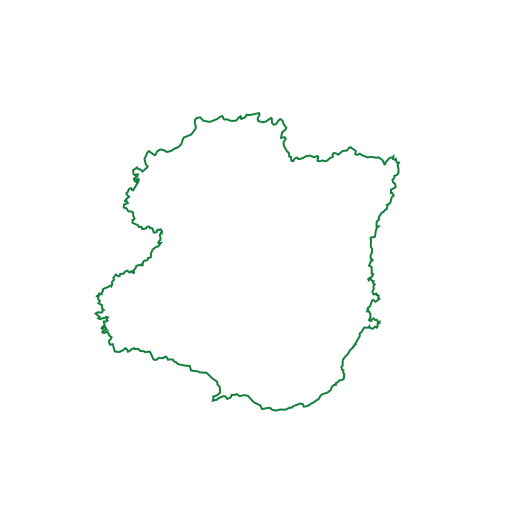 Niquelândia, Goiás, Brazil (Equal Earth projection), rotated 47°
{"feature_id": "56859067B74347687332903", "entity_name": "Niquelândia", "entity_type": "district", "adm_level": 2, "iso_a3": "BRA", "parent_name": "Brazil", "parent_adm1": "Goiás", "projection": "equal_earth", "projection_center": [-48.44, -14.478], "detail": "fine", "context": "isolated", "style": "outline", "palette": "green", "viewbox_px": 512, "rotation_deg": 47, "n_neighbors": 0, "source": "geoboundaries", "source_scale": "gbopen_adm2", "svg_char_len": 6147}
<svg xmlns="http://www.w3.org/2000/svg" viewBox="0 0 512 512"><g transform="rotate(47 256 256)"><path d="M403.3,307.3L402.2,304.3L402.3,301.9L404.7,296.6L405.0,292.8L403.6,290.4L403.4,287.1L404.7,285.4L403.4,284.5L404.1,282.2L403.8,280.2L405.8,276.2L404.8,274.1L403.8,273.8L402.8,272.0L401.0,271.9L399.1,270.0L398.0,270.6L395.4,269.3L395.2,267.3L391.3,263.6L390.3,258.8L390.6,256.2L388.9,251.4L389.1,247.8L388.4,246.9L388.9,246.1L388.1,244.4L388.6,243.3L387.8,242.9L385.3,234.7L383.4,233.1L383.6,230.7L382.1,225.9L385.0,222.6L384.7,221.0L386.0,221.8L388.3,220.6L388.9,220.1L388.9,216.9L390.8,216.5L390.4,215.0L388.6,213.6L389.3,211.3L388.3,210.4L387.7,212.0L385.0,211.2L384.1,212.5L381.9,212.5L381.4,213.4L381.4,215.0L382.2,215.8L380.7,217.1L380.0,217.1L378.7,214.0L376.6,212.0L373.9,211.2L372.3,212.5L371.7,210.5L370.8,210.7L370.3,210.0L370.6,206.7L367.8,201.7L367.9,200.3L371.0,199.8L371.4,194.9L369.4,195.0L368.8,193.4L367.5,193.6L366.7,194.5L365.5,193.7L364.3,196.2L362.0,195.6L361.1,194.6L360.4,192.3L358.2,190.8L357.7,188.5L355.9,189.0L354.6,187.2L354.0,188.1L351.5,187.7L350.7,188.7L350.7,190.1L349.5,189.8L349.3,188.7L350.2,185.8L349.2,182.7L347.8,183.4L343.6,179.4L342.4,179.0L340.2,179.9L338.2,175.5L338.8,173.9L337.8,173.2L336.3,174.1L333.5,171.5L332.8,169.3L330.2,166.3L327.5,165.7L322.3,160.6L321.2,160.3L320.8,159.2L322.8,156.8L322.9,155.7L319.0,150.8L317.9,148.5L318.0,146.1L316.4,147.5L313.2,144.4L313.2,141.1L311.4,139.8L310.0,134.5L310.7,133.3L310.4,129.5L310.9,128.3L309.1,125.7L307.9,125.6L308.9,121.9L305.5,116.5L305.8,114.1L303.2,113.3L302.0,114.5L299.6,112.1L300.9,107.2L299.1,105.6L297.5,105.1L295.6,105.5L293.5,104.4L292.9,101.1L291.8,100.2L292.8,97.7L292.5,95.2L288.9,91.9L286.3,90.7L285.1,87.8L283.5,89.3L280.3,87.6L280.2,88.9L278.5,89.6L276.9,87.6L276.7,89.6L275.8,90.4L275.4,92.1L276.0,97.6L277.0,98.7L276.6,99.6L272.4,98.1L267.6,99.0L266.4,100.8L261.6,104.6L260.0,107.1L254.5,109.8L252.3,110.1L251.6,110.8L251.4,112.5L249.3,114.0L247.2,111.4L240.8,112.7L240.4,114.0L240.8,117.7L238.3,121.0L237.9,126.8L235.1,127.7L233.6,129.3L234.2,131.1L235.8,132.0L234.9,135.0L234.7,139.2L234.0,140.7L231.2,142.5L230.3,144.6L229.1,145.8L228.2,146.1L226.0,142.9L224.9,142.8L223.3,146.2L219.6,147.8L216.9,151.8L216.6,154.3L214.8,158.2L213.9,158.9L212.2,158.8L211.6,159.7L211.1,161.8L212.0,163.9L211.2,164.9L210.1,165.0L207.3,162.8L205.9,163.8L203.0,161.7L200.5,161.9L194.3,160.4L191.5,158.3L190.7,154.6L190.0,154.0L188.7,154.0L186.7,157.1L183.4,152.7L183.7,148.4L182.9,146.4L178.0,145.8L175.2,144.3L172.5,144.8L172.2,146.0L173.1,151.6L172.6,152.8L171.9,153.5L169.6,153.5L166.1,150.6L165.3,150.8L164.3,157.3L162.8,159.8L159.6,161.9L158.5,162.3L157.2,161.5L156.3,160.6L155.2,157.2L153.6,156.3L148.5,164.7L146.2,166.6L147.2,169.1L145.9,173.1L145.2,173.4L144.1,172.1L143.2,172.0L143.0,175.3L143.5,177.9L142.4,179.7L139.7,182.4L136.3,184.0L134.8,185.9L134.1,186.2L130.8,185.2L129.8,187.0L129.3,191.2L126.3,198.5L121.0,202.3L116.5,202.3L114.6,205.2L114.8,207.6L116.7,209.9L120.5,211.9L121.7,213.4L123.0,220.6L120.2,227.8L120.6,229.5L123.4,234.7L123.3,239.1L122.1,241.7L121.2,246.4L119.7,249.4L118.8,250.4L116.4,250.9L112.8,253.2L112.1,257.1L113.3,260.2L113.2,261.4L106.2,262.8L106.4,265.2L109.1,271.5L114.1,274.2L116.5,274.0L117.0,275.4L116.8,281.4L113.4,281.7L112.0,283.0L110.1,282.6L109.5,287.6L112.7,289.7L114.6,289.4L114.5,288.1L115.9,286.7L116.9,288.8L116.2,292.5L118.3,293.6L120.4,293.0L120.1,292.0L118.9,292.5L118.5,291.3L119.2,290.6L119.3,289.6L120.1,289.4L121.4,291.4L124.2,301.1L123.5,301.7L121.5,301.1L120.7,301.7L120.6,303.6L121.8,306.5L121.5,307.7L122.5,308.6L126.2,308.4L125.7,311.2L126.4,312.2L126.0,313.5L126.7,314.5L128.0,313.3L130.0,313.7L128.4,317.5L130.4,319.7L132.8,318.2L136.2,318.9L137.9,317.2L140.3,316.3L142.8,318.3L145.9,319.3L146.0,321.0L145.4,321.7L147.5,323.7L153.1,321.3L154.9,322.0L156.5,319.9L158.6,320.8L159.5,319.9L160.7,317.9L160.4,315.9L161.0,314.5L162.1,314.0L163.5,314.5L164.4,313.2L165.5,313.0L169.1,314.8L170.8,312.6L169.7,311.0L169.8,309.9L170.6,309.6L171.2,307.7L172.0,307.5L174.1,308.1L175.0,309.3L174.1,309.4L175.2,312.2L177.7,313.5L178.9,315.0L179.4,318.1L180.3,318.5L181.5,316.7L182.4,320.9L181.2,322.9L180.8,327.2L182.5,331.1L185.1,333.5L185.0,334.6L183.8,336.3L184.9,338.2L183.2,341.3L183.4,342.8L185.3,345.1L185.0,346.0L184.1,345.5L181.7,350.1L183.0,353.1L182.9,355.7L184.7,356.1L185.0,357.2L182.0,357.8L181.9,359.8L178.9,360.1L178.1,362.4L178.6,364.9L176.5,367.5L177.6,369.4L177.0,370.5L174.0,371.1L174.8,375.4L176.6,376.0L176.8,379.1L178.7,380.5L179.6,382.7L178.2,382.9L177.7,385.8L176.3,388.9L176.0,390.9L177.1,391.6L177.6,394.0L178.7,394.9L176.6,396.4L177.8,397.3L178.0,398.7L177.0,398.4L176.8,399.8L178.7,399.6L180.0,400.8L182.5,400.9L183.1,403.4L187.1,402.1L189.2,404.4L191.8,404.1L191.5,405.9L192.2,407.3L189.2,410.2L188.7,412.6L193.9,411.9L193.9,413.9L195.6,413.3L198.1,408.6L198.2,407.3L199.9,406.2L200.5,408.6L201.9,408.6L201.8,410.1L200.1,412.0L203.5,414.0L203.1,417.2L203.7,418.3L204.6,418.1L205.0,414.7L207.7,415.3L206.5,419.7L207.2,420.5L208.8,419.6L209.9,416.1L210.4,416.9L213.2,416.8L214.0,417.6L216.9,417.0L217.7,419.1L217.7,421.1L219.2,422.5L221.3,423.2L222.9,420.9L229.4,424.4L232.7,421.8L234.2,418.0L234.3,414.4L236.7,414.0L238.5,415.0L239.2,413.8L239.4,409.8L240.6,407.8L241.3,408.1L243.8,405.4L246.4,405.5L249.5,402.7L250.6,402.7L253.6,398.8L261.8,401.5L263.8,400.1L264.3,396.2L266.5,394.7L267.6,393.1L267.6,391.3L268.4,390.3L272.0,391.1L272.9,389.4L275.2,387.4L276.3,387.8L278.8,387.4L279.5,386.7L281.9,386.8L288.3,382.3L291.1,379.4L295.5,381.6L300.9,377.1L302.9,376.4L307.7,371.8L315.9,371.4L320.6,370.3L321.9,370.3L323.7,371.9L326.6,371.6L331.4,375.2L331.4,379.2L329.7,383.2L330.4,383.5L332.4,386.3L334.5,382.3L334.4,380.4L336.3,375.4L337.8,374.1L340.9,374.5L342.2,371.1L341.0,368.5L343.2,366.1L343.9,364.2L347.2,363.7L349.3,360.0L350.9,358.6L352.7,357.3L361.4,357.4L368.2,354.8L371.9,356.0L376.1,349.8L377.7,349.0L379.1,349.2L382.3,347.2L384.9,342.9L388.6,339.1L389.9,334.5L390.8,334.2L391.3,333.0L391.3,330.9L394.1,324.2L396.1,322.9L398.7,323.8L400.0,322.2L401.6,318.2L401.3,316.9L402.2,314.5L403.3,307.3Z" fill="none" stroke="#15803d" stroke-width="2"/></g></svg>